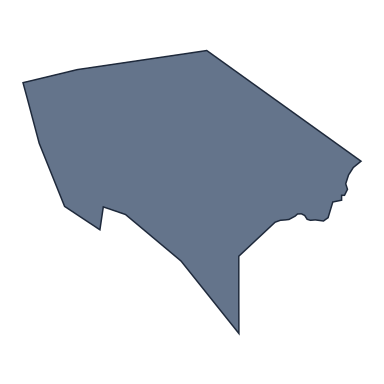 Ravine Poisson, Castries, Saint Lucia
{"feature_id": "8701671B90050195307789", "entity_name": "Ravine Poisson", "entity_type": "district", "adm_level": 2, "iso_a3": "LCA", "parent_name": "Saint Lucia", "parent_adm1": "Castries", "projection": "mercator", "projection_center": [-60.965, 13.93], "detail": "fine", "context": "isolated", "style": "filled", "palette": "slate", "viewbox_px": 384, "rotation_deg": 0, "n_neighbors": 0, "source": "geoboundaries", "source_scale": "gbopen_adm2", "svg_char_len": 695}
<svg xmlns="http://www.w3.org/2000/svg" viewBox="0 0 384 384"><path d="M361.0,161.2L206.7,50.5L205.7,50.7L77.3,69.6L23.3,82.6L23.0,82.7L27.3,98.5L39.2,143.3L64.6,206.4L99.9,229.8L103.3,206.9L125.5,214.5L181.0,261.0L238.9,333.5L238.8,298.1L238.8,294.2L238.8,256.2L275.1,222.2L280.3,220.3L285.4,219.9L288.6,219.5L288.9,219.5L295.2,216.1L296.5,214.9L297.5,214.0L301.4,213.8L304.7,215.5L306.7,218.6L307.1,219.3L307.8,219.5L310.4,220.3L315.3,219.9L323.5,221.0L325.8,219.3L328.1,217.7L328.4,216.6L332.5,203.0L332.8,202.0L336.7,201.2L341.6,200.2L341.6,195.3L344.5,195.3L347.5,189.3L345.7,183.8L348.6,174.8L349.7,173.2L353.3,167.5L361.0,161.2Z" fill="#64748b" stroke="#1e293b" stroke-width="1.5"/></svg>